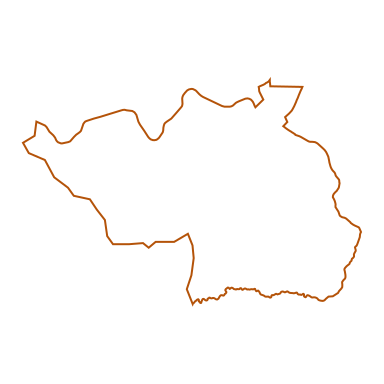 Oforikrom Municipal, Ashanti, Ghana
{"feature_id": "2480657B70835976798974", "entity_name": "Oforikrom Municipal", "entity_type": "district", "adm_level": 2, "iso_a3": "GHA", "parent_name": "Ghana", "parent_adm1": "Ashanti", "projection": "mercator", "projection_center": [-1.536, 6.676], "detail": "fine", "context": "isolated", "style": "outline", "palette": "amber", "viewbox_px": 384, "rotation_deg": 0, "n_neighbors": 0, "source": "geoboundaries", "source_scale": "gbopen_adm2", "svg_char_len": 6038}
<svg xmlns="http://www.w3.org/2000/svg" viewBox="0 0 384 384"><path d="M322.5,300.9L323.7,300.7L324.8,300.0L325.9,298.8L328.5,296.6L332.8,296.3L338.1,292.9L338.9,291.3L339.2,290.9L341.5,288.4L341.6,288.1L342.2,287.2L342.3,286.0L342.3,284.1L342.1,282.8L342.2,281.9L342.6,281.3L343.5,280.1L345.0,278.6L345.4,277.6L345.5,276.3L345.4,274.7L345.1,272.9L344.8,271.2L344.4,269.8L344.5,268.9L345.0,268.0L346.5,266.3L347.7,265.3L348.9,264.4L349.5,263.8L349.7,263.1L349.9,262.5L350.3,261.9L350.7,261.5L351.2,261.1L351.5,260.7L351.7,259.7L351.9,258.9L352.3,258.5L352.8,258.1L353.3,257.6L353.7,257.1L354.0,256.5L354.0,255.6L353.9,254.8L354.0,254.1L354.4,253.2L355.7,250.9L355.7,250.1L355.6,249.6L355.3,248.6L355.0,247.3L355.5,246.6L356.0,246.2L356.6,245.7L356.9,245.1L357.4,243.9L359.8,237.1L360.0,234.6L360.4,233.2L361.0,232.0L359.2,227.9L358.7,227.3L354.9,225.6L353.2,224.7L350.8,223.0L350.3,222.2L346.2,218.6L344.7,217.8L342.1,217.2L340.3,216.1L339.7,215.4L338.4,211.6L335.5,207.1L335.5,205.5L335.6,204.3L335.3,202.9L334.8,201.1L334.1,199.5L333.5,198.3L332.9,197.4L332.9,196.4L333.1,195.3L333.8,193.9L335.2,192.3L336.8,190.8L337.6,189.5L338.4,188.4L338.9,187.2L339.6,183.1L339.4,182.8L339.3,181.9L339.2,180.4L339.0,179.7L338.4,178.9L336.5,176.7L335.9,175.9L335.5,175.0L335.3,174.1L334.9,173.1L334.4,172.3L333.6,171.5L332.5,170.3L331.6,168.9L330.9,167.5L330.4,166.1L329.4,162.5L329.2,161.2L328.9,159.6L328.3,156.7L327.0,153.8L326.1,152.0L325.5,151.2L324.8,150.2L324.1,149.5L323.2,148.6L318.9,144.7L317.8,143.7L316.8,143.0L315.2,142.2L314.1,142.0L312.1,141.8L310.3,141.8L309.2,141.6L307.9,141.0L305.3,139.5L300.8,136.9L299.3,136.2L295.4,134.9L295.1,134.3L292.7,132.7L291.8,132.2L290.9,131.5L290.1,131.1L287.8,129.6L286.1,128.4L283.3,126.2L287.3,122.0L285.1,117.1L289.0,113.6L290.5,112.0L291.7,110.7L292.5,109.4L294.2,106.2L296.1,101.9L296.7,100.2L297.7,98.1L298.8,95.2L300.6,90.9L301.6,88.9L302.4,86.9L270.3,86.3L270.0,82.9L269.8,81.9L269.8,79.9L268.7,81.4L267.5,82.3L266.1,82.9L264.8,84.0L263.3,84.8L260.2,86.1L258.7,86.9L259.0,88.5L259.2,91.1L259.7,92.4L263.3,99.6L255.4,107.3L254.6,105.8L253.8,103.7L252.8,101.7L251.6,100.3L250.9,99.6L249.3,98.8L247.5,98.4L245.3,98.7L238.9,101.3L236.8,102.3L235.8,102.9L233.0,105.5L231.5,106.3L229.7,106.7L224.6,106.7L223.5,106.4L222.0,106.0L209.0,99.8L203.1,97.0L201.3,95.9L199.4,94.3L196.3,91.0L195.6,90.4L194.9,90.0L192.8,89.0L191.4,88.9L190.4,89.1L189.0,89.4L187.2,90.4L185.0,92.8L183.4,94.9L182.8,96.1L182.4,97.3L182.2,98.7L182.5,103.9L182.1,105.9L181.3,107.1L176.4,112.8L171.3,118.6L167.0,121.5L165.2,122.9L164.4,123.9L163.9,125.3L163.4,127.6L163.2,130.5L162.7,132.4L159.1,137.7L157.9,138.8L156.5,139.8L154.4,140.2L152.8,140.1L150.6,139.3L149.1,138.0L148.1,136.8L144.3,130.9L140.0,124.7L138.4,121.7L136.4,114.9L134.5,112.3L132.3,111.0L126.6,110.3L124.7,109.8L123.0,109.9L121.5,110.3L110.1,113.8L100.4,116.8L93.8,118.6L86.8,120.9L85.3,121.5L84.2,122.7L83.3,124.0L83.0,125.0L81.0,130.8L79.8,132.1L77.5,133.8L76.3,134.6L74.0,136.9L70.8,140.6L70.2,141.3L68.3,142.1L65.4,142.7L63.6,143.1L62.1,143.4L61.0,143.4L58.1,142.3L57.0,141.3L56.2,140.2L55.1,137.7L53.3,135.3L49.4,131.7L46.6,127.1L45.0,125.5L36.4,121.6L34.6,135.8L23.0,142.8L28.8,153.1L44.9,160.0L54.2,177.3L68.0,187.7L73.8,195.8L89.9,199.3L96.8,209.6L104.9,220.0L107.2,236.1L113.0,244.2L129.1,244.2L143.0,243.1L148.7,247.7L155.6,241.9L174.1,241.9L187.9,233.8L192.5,245.4L193.7,258.1L191.4,275.3L186.8,289.2L192.7,304.1L193.0,303.4L193.6,303.0L194.0,302.8L194.3,302.4L195.0,301.4L195.7,301.0L196.2,300.6L196.6,300.1L197.1,299.7L197.7,299.4L198.3,299.3L198.7,299.7L198.9,300.2L198.8,300.8L198.8,301.3L199.1,301.6L199.5,301.8L199.9,302.2L200.1,302.6L200.3,302.9L200.8,303.0L201.2,302.8L201.4,302.1L201.7,301.1L202.2,299.9L202.7,299.1L203.5,298.9L204.2,299.2L204.8,299.8L205.5,300.2L206.1,300.5L206.8,300.4L207.3,300.1L207.6,299.5L207.6,299.1L207.7,298.7L208.1,298.5L208.6,298.3L209.2,297.7L209.8,297.7L210.4,298.1L211.1,298.3L212.0,298.3L212.7,298.0L213.6,298.0L214.5,298.3L215.8,299.2L216.5,299.4L217.1,299.5L217.8,299.1L218.5,298.6L219.6,296.6L220.2,295.8L220.8,295.3L221.3,295.2L222.1,295.2L222.8,295.5L223.5,295.6L223.9,295.4L224.3,294.9L224.9,293.9L225.5,293.6L226.3,292.6L226.3,291.8L225.8,291.1L225.4,290.5L225.4,289.8L225.8,289.1L226.7,288.4L227.7,287.6L228.6,287.7L229.3,288.5L229.7,288.9L230.2,288.7L230.6,288.3L231.0,287.9L231.5,287.7L232.2,287.8L232.8,288.1L233.4,288.6L233.8,289.0L234.4,289.2L234.9,289.2L235.4,289.3L235.9,289.5L236.3,289.4L236.8,289.1L237.2,289.0L238.0,289.2L239.4,289.1L240.0,288.4L240.4,288.2L240.9,288.2L241.3,288.5L241.6,289.1L241.9,289.5L242.5,289.8L243.2,289.5L244.1,288.8L244.7,288.5L245.3,288.5L246.0,288.8L246.9,289.4L247.3,289.5L247.9,289.3L248.4,289.3L248.9,289.5L249.3,289.6L250.0,289.5L250.6,289.3L251.2,289.2L252.1,289.2L253.0,289.4L253.7,289.2L254.3,288.9L254.8,288.9L255.1,289.0L255.3,289.5L255.5,290.1L255.8,290.6L256.2,291.1L256.7,291.2L257.1,291.0L257.6,290.7L258.1,290.6L258.6,291.0L259.4,292.0L259.8,292.9L260.2,293.8L260.7,294.4L261.4,294.7L263.2,295.3L263.9,295.6L264.8,296.3L265.4,296.6L266.2,296.7L268.1,296.6L268.6,296.7L269.3,297.2L269.8,297.5L270.2,297.6L270.7,297.5L271.0,297.3L271.4,296.7L271.4,296.1L271.5,295.7L271.9,295.2L272.7,295.1L273.2,295.2L273.9,295.0L275.8,293.9L276.4,293.9L276.9,294.1L277.5,294.4L279.0,293.9L279.5,293.8L280.2,293.4L280.6,292.8L280.9,292.2L281.5,291.8L282.2,291.5L283.5,291.7L284.4,292.2L285.0,292.3L285.8,292.0L286.6,291.6L287.2,291.4L288.0,291.7L288.7,292.3L290.0,292.9L291.2,293.0L292.7,293.1L293.9,293.3L295.6,292.9L296.2,292.6L296.9,292.7L297.3,293.2L297.6,293.8L298.0,294.2L298.5,294.5L299.2,294.6L300.0,294.5L300.5,294.6L301.0,294.9L301.5,294.9L302.5,294.3L303.0,293.9L303.5,293.9L304.0,294.4L304.0,295.3L304.0,295.8L304.1,296.4L304.7,296.9L305.5,297.2L306.0,296.9L306.4,296.3L306.6,295.8L307.1,295.4L307.5,295.2L308.5,295.4L309.7,296.0L311.5,297.3L312.3,297.5L313.1,297.4L314.1,297.3L315.1,297.4L315.9,297.7L316.5,297.9L317.2,298.4L317.7,298.9L318.2,299.6L318.9,300.1L319.7,300.4L320.9,300.7L322.5,300.9Z" fill="none" stroke="#b45309" stroke-width="2"/></svg>